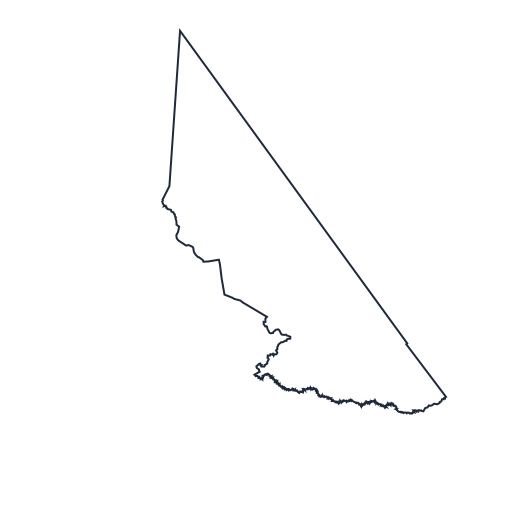 Sikongo, Western, Zambia (Robinson projection), rotated 144°
{"feature_id": "96606910B5408602862486", "entity_name": "Sikongo", "entity_type": "district", "adm_level": 2, "iso_a3": "ZMB", "parent_name": "Zambia", "parent_adm1": "Western", "projection": "robinson", "projection_center": [22.375, -15.32], "detail": "fine", "context": "isolated", "style": "outline", "palette": "slate", "viewbox_px": 512, "rotation_deg": 144, "n_neighbors": 0, "source": "geoboundaries", "source_scale": "gbopen_adm2", "svg_char_len": 5940}
<svg xmlns="http://www.w3.org/2000/svg" viewBox="0 0 512 512"><g transform="rotate(144 256 256)"><path d="M185.1,30.3L186.3,96.3L185.0,96.4L185.1,482.8L285.0,363.4L298.5,356.5L298.7,355.7L300.0,355.0L300.7,352.1L300.4,350.6L301.1,350.3L299.5,349.7L299.7,348.3L300.3,347.9L299.7,346.6L300.0,346.0L297.7,343.4L298.3,341.6L297.1,339.8L297.6,338.4L297.2,337.5L298.1,336.0L298.1,334.3L298.9,333.9L300.1,330.6L301.9,328.1L301.0,324.8L304.9,321.3L308.3,319.6L309.7,316.9L309.7,314.3L306.4,305.5L304.0,304.4L302.0,300.7L302.0,299.5L303.9,295.6L304.1,292.3L303.5,289.0L302.9,288.6L301.4,284.0L301.9,282.3L297.6,279.5L288.2,274.8L290.0,270.6L297.0,258.0L304.2,243.3L299.5,235.9L298.9,234.2L294.7,229.0L294.2,226.6L282.9,200.3L285.1,199.9L287.2,197.1L288.3,197.5L288.6,198.1L289.8,196.5L289.9,193.5L288.9,193.2L288.6,192.4L289.6,190.3L290.2,185.9L289.7,185.0L287.5,183.7L286.4,184.4L283.1,184.6L281.1,183.5L280.8,182.3L281.5,177.6L280.1,176.0L278.0,174.7L277.6,173.3L275.7,170.5L276.9,169.0L279.4,170.4L280.2,170.3L281.2,169.4L282.2,170.3L285.1,170.5L286.1,171.4L290.0,171.2L291.2,170.1L292.4,169.8L293.5,168.0L295.2,167.9L295.6,165.2L297.2,164.5L298.8,165.6L299.9,165.2L299.3,166.3L299.5,166.9L300.7,166.4L302.0,168.1L303.4,167.3L305.0,168.6L306.5,166.9L306.2,166.3L306.5,164.9L309.4,163.5L310.1,162.4L313.2,162.6L313.4,162.0L314.4,161.7L316.6,163.4L316.7,164.6L315.7,164.7L316.0,165.1L315.7,166.5L316.7,166.9L320.6,166.5L321.1,164.9L320.3,162.4L321.2,161.0L321.1,160.2L327.0,160.9L327.0,160.4L326.4,160.4L326.8,159.0L325.3,158.1L325.3,156.9L324.8,156.6L325.4,156.2L324.9,155.8L325.3,155.5L324.2,154.6L324.5,154.0L324.1,154.1L324.0,153.4L323.2,153.7L323.2,152.7L322.8,153.2L322.6,152.9L321.8,153.3L321.5,154.5L320.7,154.4L320.8,155.1L319.2,154.7L319.1,155.6L318.8,154.8L317.5,154.6L317.4,153.9L316.5,154.0L316.6,153.4L315.5,153.6L315.0,152.2L315.4,151.5L315.0,151.4L315.4,150.2L314.7,150.0L315.0,149.7L314.5,149.6L314.9,149.4L314.3,148.8L314.8,148.6L314.3,148.2L315.1,148.2L314.4,147.5L314.8,147.4L314.6,146.5L315.3,146.1L314.7,146.2L314.6,145.6L314.5,146.0L313.9,145.8L314.1,145.0L313.6,144.3L314.1,143.8L313.0,143.7L313.2,143.1L312.7,142.8L314.1,142.4L313.1,141.8L313.9,141.4L313.5,140.9L313.9,140.5L312.8,140.1L313.3,139.4L312.4,138.8L313.6,137.8L313.2,137.3L312.6,137.6L313.0,136.9L312.1,135.8L312.6,135.2L311.9,134.2L312.4,133.2L312.0,132.8L311.4,133.6L311.4,132.7L311.0,132.4L311.0,133.5L310.4,133.6L310.0,132.4L310.5,131.6L309.2,131.9L309.9,131.4L310.2,129.7L309.1,129.8L308.8,128.8L308.3,129.6L307.6,129.2L307.3,127.3L305.7,126.9L304.4,127.4L303.8,126.2L304.1,126.4L304.5,125.8L304.0,125.8L304.1,124.8L303.3,124.9L303.6,124.6L302.9,124.4L302.9,123.4L301.9,123.2L302.1,121.6L301.8,120.6L301.4,121.1L300.9,120.8L301.5,120.6L301.2,119.9L300.1,120.4L298.8,118.8L298.7,119.5L297.8,119.1L297.8,118.4L297.4,118.7L297.9,119.4L296.4,119.5L296.2,120.7L295.3,119.8L295.2,118.9L294.9,119.6L294.5,118.9L293.1,118.7L293.0,118.2L291.8,118.7L291.6,117.5L290.9,117.7L291.0,117.2L290.2,116.7L289.5,117.2L289.8,116.2L289.3,116.5L289.1,115.3L288.4,115.9L287.8,114.7L287.2,115.1L287.2,114.5L286.7,114.5L286.5,112.5L285.6,113.0L285.4,111.9L285.6,111.3L285.8,111.9L286.3,111.3L286.0,110.7L286.7,110.7L286.4,110.2L287.0,109.6L286.3,109.4L286.9,108.7L286.5,106.7L287.4,106.5L286.7,105.3L287.2,105.0L286.4,104.1L285.9,104.7L286.0,104.2L285.2,104.4L285.6,104.0L285.1,103.6L284.8,104.0L284.1,103.8L284.4,102.9L284.1,102.2L283.4,102.2L283.7,101.7L281.5,100.8L281.4,99.6L281.7,99.1L281.0,99.2L281.1,98.6L280.6,98.7L280.7,98.1L280.2,98.3L280.1,97.7L279.2,97.1L279.5,96.7L279.0,96.6L279.4,96.3L279.3,94.5L279.7,94.2L279.2,93.7L279.1,94.2L278.9,93.7L278.4,94.0L278.4,93.3L278.9,93.3L278.3,92.8L278.4,92.0L278.2,92.4L277.7,92.0L278.1,91.2L277.7,91.5L277.5,90.8L277.2,91.0L276.9,90.4L276.4,90.8L276.0,90.4L276.6,90.3L275.7,89.1L275.8,88.5L275.5,88.7L275.1,88.1L274.3,89.2L273.8,88.5L273.0,89.4L273.0,88.6L272.8,88.9L272.6,88.0L271.6,87.5L271.8,87.2L270.9,87.2L271.1,87.9L270.3,88.0L270.2,87.1L269.3,87.0L269.1,86.2L268.3,85.7L268.4,85.1L267.9,85.4L267.8,84.8L267.4,84.8L267.4,85.2L267.1,84.4L266.5,84.6L266.4,84.0L265.6,83.7L265.4,84.2L264.9,83.7L264.6,84.0L264.3,83.2L263.9,83.7L264.2,84.1L263.7,84.2L263.1,83.0L263.3,82.0L262.3,80.4L262.9,79.9L262.2,80.1L261.4,78.1L260.9,78.4L259.6,77.1L259.9,76.7L259.4,75.5L259.8,75.8L260.0,75.3L259.2,74.8L259.3,73.4L258.7,74.0L258.6,73.4L258.0,73.7L258.3,73.0L257.5,73.6L257.5,72.6L256.2,73.1L256.0,72.4L255.1,72.8L255.0,72.2L254.3,72.6L254.1,72.0L254.0,72.7L253.3,72.9L253.4,73.5L253.1,72.7L253.0,73.2L252.4,72.8L252.1,73.3L251.7,72.4L252.2,72.3L251.7,72.1L251.5,71.3L251.3,71.9L250.0,71.5L250.1,70.2L249.1,70.6L248.6,70.1L248.0,71.1L246.1,68.6L245.9,69.7L245.1,69.5L245.4,68.7L244.5,69.3L244.8,67.5L245.5,67.8L245.1,66.8L245.6,65.9L244.8,66.0L244.4,64.4L244.0,64.8L244.0,64.2L242.7,63.3L242.7,62.5L242.1,62.2L242.6,61.8L242.0,61.7L241.6,60.8L241.9,60.6L241.1,60.3L241.4,59.8L240.8,59.5L240.9,57.3L239.6,57.4L239.6,58.0L239.3,57.5L239.3,58.6L238.6,58.4L238.4,57.5L238.2,58.7L237.4,59.0L236.9,58.1L236.4,58.6L236.2,57.6L235.6,57.9L235.6,57.2L235.4,57.9L235.2,57.1L234.9,58.0L234.4,57.9L234.3,56.8L233.7,57.1L234.0,56.2L232.7,56.6L232.9,55.2L232.1,55.3L232.7,53.9L231.4,53.1L231.8,52.6L231.5,52.1L230.8,52.5L231.3,51.8L230.8,51.4L231.3,51.6L231.4,50.8L230.8,50.5L231.7,50.5L232.1,49.8L232.4,50.1L232.7,50.1L232.0,49.4L232.7,49.3L232.3,46.6L230.5,44.1L230.1,43.8L229.9,44.3L229.4,43.8L229.6,43.2L228.9,42.8L228.8,42.2L228.0,42.3L226.8,41.2L226.5,40.2L225.9,40.5L224.5,39.5L224.1,38.0L223.0,37.9L222.6,36.9L220.7,36.9L220.8,37.5L220.5,37.6L219.9,36.7L219.8,37.6L219.3,37.6L219.4,38.6L218.1,37.7L217.8,36.3L217.3,36.8L216.5,35.3L216.3,35.9L215.7,35.9L214.3,35.0L214.3,34.5L213.2,34.1L212.9,33.0L211.9,32.0L208.5,33.5L206.2,32.7L203.9,33.5L203.3,32.5L201.7,31.8L198.7,31.8L196.3,29.4L193.9,29.2L193.1,29.9L191.6,29.4L189.6,30.8L188.4,29.8L187.6,30.4L187.0,29.6L186.1,30.4L185.1,30.3Z" fill="none" stroke="#1e293b" stroke-width="2"/></g></svg>